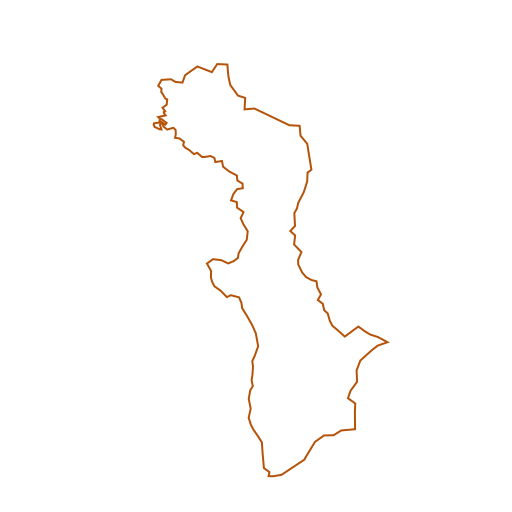 Pigenia, Nicosia, Cyprus, rotated 328°
{"feature_id": "46923920B48562884409952", "entity_name": "Pigenia", "entity_type": "district", "adm_level": 2, "iso_a3": "CYP", "parent_name": "Cyprus", "parent_adm1": "Nicosia", "projection": "natural_earth1", "projection_center": [32.648, 35.156], "detail": "fine", "context": "isolated", "style": "outline", "palette": "amber", "viewbox_px": 512, "rotation_deg": 328, "n_neighbors": 0, "source": "geoboundaries", "source_scale": "gbopen_adm2", "svg_char_len": 2249}
<svg xmlns="http://www.w3.org/2000/svg" viewBox="0 0 512 512"><g transform="rotate(328 256 256)"><path d="M189.4,454.3L189.5,454.0L207.5,444.9L218.5,444.2L226.8,449.1L235.8,449.1L248.2,455.4L257.2,440.7L262.0,433.7L258.6,425.3L264.8,420.4L275.1,416.2L280.7,406.3L289.0,400.0L296.5,398.6L304.8,397.2L311.7,396.5L321.8,398.8L316.5,389.4L311.2,383.1L308.5,377.7L305.4,370.1L299.7,370.5L288.6,371.4L285.5,360.7L283.8,355.7L284.2,350.3L286.4,342.7L285.1,338.2L287.3,331.9L285.1,326.1L290.8,323.0L291.3,315.3L293.9,309.5L290.4,305.9L287.3,300.5L286.4,294.3L287.3,285.7L289.5,281.7L296.6,276.8L294.4,266.4L300.1,259.3L298.3,253.0L305.0,251.2L311.2,240.0L316.0,237.3L320.0,233.3L330.6,227.0L339.0,219.8L343.9,212.6L348.7,212.2L358.9,188.0L357.5,177.6L362.0,168.7L353.6,162.8L332.8,130.1L324.0,125.6L330.6,116.2L325.7,110.4L324.8,97.4L327.5,89.7L330.1,84.4L333.2,78.5L327.9,74.8L324.8,72.7L316.0,76.7L306.7,64.2L291.7,65.1L285.5,70.0L279.8,65.5L277.6,61.1L269.2,56.6L263.3,59.8L264.5,64.1L262.5,66.8L262.7,68.5L262.6,74.6L263.7,76.1L260.4,80.4L255.3,80.7L255.6,85.2L254.0,85.1L253.6,86.5L253.9,88.9L246.7,86.3L247.3,88.5L248.6,90.3L250.7,95.8L248.6,96.6L246.0,90.1L244.7,91.6L239.8,89.4L238.8,90.3L238.4,92.8L241.6,97.7L242.9,98.6L244.0,93.9L246.8,93.0L246.8,94.1L246.1,97.1L247.7,101.7L253.9,103.5L254.6,106.5L252.6,110.1L250.0,112.9L253.4,115.8L255.4,121.0L252.9,123.6L253.4,126.7L255.4,130.4L257.4,136.8L260.8,137.3L262.8,143.6L265.6,145.1L270.4,147.1L272.7,150.8L271.3,154.8L277.5,157.4L275.4,162.8L278.0,170.0L282.4,177.6L280.2,182.1L282.9,187.5L280.7,191.5L275.4,189.3L269.6,191.5L264.3,195.6L268.3,200.1L265.6,205.0L268.7,212.2L263.0,215.8L262.1,222.5L262.1,230.6L256.8,237.3L249.3,240.9L242.7,244.5L239.6,248.1L234.3,248.5L228.5,247.6L224.5,241.3L217.9,235.9L210.4,236.4L210.0,244.9L206.4,250.3L205.1,254.8L204.7,259.7L207.7,266.9L209.5,275.4L213.9,275.9L219.7,282.1L218.8,288.0L216.6,292.9L216.6,302.3L216.1,313.1L214.8,321.6L210.0,333.7L202.0,340.0L197.1,343.2L194.9,348.1L190.1,354.8L186.5,358.9L184.3,364.7L179.9,366.9L174.2,373.2L170.6,382.6L164.0,389.4L162.2,396.6L161.8,402.4L162.2,409.6L162.2,417.2L156.9,427.1L150.3,440.1L152.9,446.4L150.0,449.4L153.9,451.9L161.6,455.1L189.4,454.3Z" fill="none" stroke="#b45309" stroke-width="2"/></g></svg>